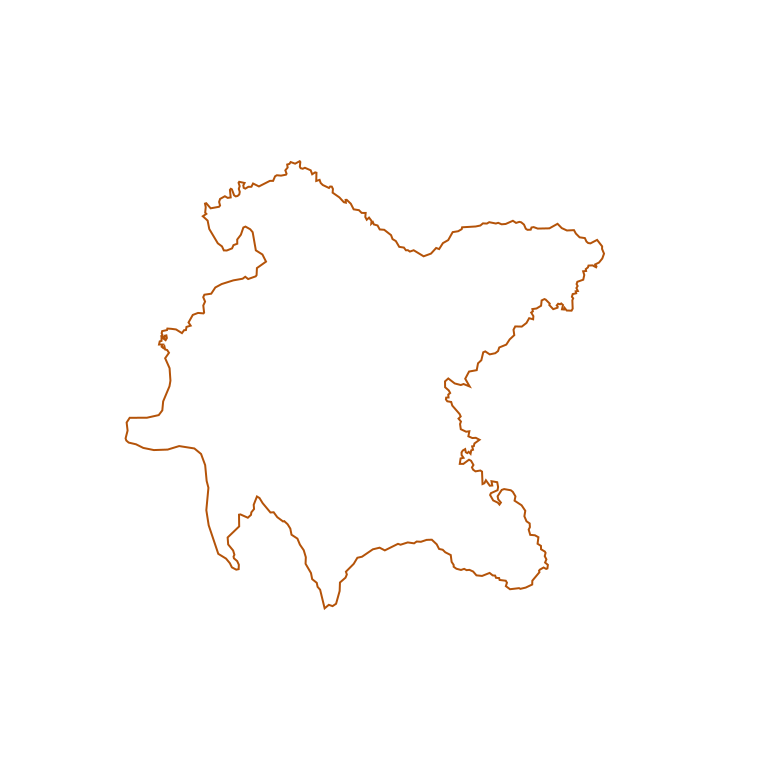 the district of Armero, Tolima, Colombia, rotated 154°
{"feature_id": "7082276B14946776938567", "entity_name": "Armero", "entity_type": "district", "adm_level": 2, "iso_a3": "COL", "parent_name": "Colombia", "parent_adm1": "Tolima", "projection": "robinson", "projection_center": [-74.888, 5.016], "detail": "fine", "context": "isolated", "style": "outline", "palette": "amber", "viewbox_px": 768, "rotation_deg": 154, "n_neighbors": 0, "source": "geoboundaries", "source_scale": "gbopen_adm2", "svg_char_len": 6166}
<svg xmlns="http://www.w3.org/2000/svg" viewBox="0 0 768 768"><g transform="rotate(154 384 384)"><path d="M600.1,454.8L611.8,457.6L627.4,465.1L632.2,462.2L634.9,454.5L640.1,448.4L640.4,446.2L639.2,443.3L633.3,438.5L628.4,432.1L619.8,425.5L607.2,419.9L595.3,418.0L582.7,409.2L579.1,401.3L580.3,389.5L585.9,374.6L587.3,367.7L599.0,348.5L603.5,333.9L607.4,304.0L602.5,296.3L601.1,290.5L601.1,285.9L598.2,281.9L595.8,281.3L593.7,285.2L593.6,289.2L595.3,293.1L594.9,294.8L593.3,296.1L592.6,300.5L594.4,308.1L591.8,314.6L576.6,319.5L571.6,330.1L570.2,329.7L565.0,323.5L560.9,324.7L559.5,326.8L555.6,328.6L554.1,332.5L547.5,338.6L545.9,336.1L545.3,330.1L542.4,318.3L539.4,317.1L538.3,311.1L535.0,304.7L533.8,304.5L532.1,300.2L531.6,295.1L533.2,289.1L529.6,283.0L530.0,276.5L529.0,269.8L530.2,262.6L533.3,256.8L532.5,246.1L534.1,240.1L531.6,234.8L532.6,230.8L531.6,227.1L535.7,208.4L530.4,209.7L527.6,206.9L523.4,207.5L514.6,217.4L510.6,224.9L503.5,226.8L500.9,229.1L500.5,232.0L490.1,235.6L484.1,239.5L479.5,238.4L466.5,240.3L459.7,238.8L456.2,234.1L441.5,234.2L439.6,232.3L432.1,231.2L426.8,227.6L423.7,228.1L420.0,226.0L414.0,225.2L409.3,223.1L406.9,216.8L406.8,211.6L403.9,209.3L402.7,205.9L399.0,201.0L401.2,194.5L400.7,190.9L401.5,189.2L399.9,186.2L396.3,183.1L393.0,182.7L391.4,180.5L388.7,179.5L386.1,176.4L384.8,171.5L380.0,168.5L371.9,167.9L370.2,164.3L368.1,163.1L368.3,160.7L365.6,159.1L366.0,157.2L360.8,153.8L360.6,151.5L363.1,148.9L360.7,144.3L352.1,141.3L351.2,140.1L345.9,138.9L338.7,138.8L336.9,142.2L326.8,146.7L326.5,148.2L325.4,148.8L321.0,149.1L319.3,146.7L318.0,146.6L316.0,149.6L317.5,152.9L314.9,155.2L315.0,158.8L312.8,161.4L312.9,162.9L315.3,166.6L313.9,169.7L316.0,173.1L312.4,178.6L314.7,181.9L318.7,184.3L317.8,189.7L315.6,191.4L314.2,194.8L316.1,198.1L315.8,203.6L312.6,208.1L313.5,214.7L317.8,221.9L315.1,225.4L315.5,230.6L316.6,232.9L322.1,236.9L324.6,237.2L331.1,233.3L331.9,230.2L330.9,226.2L333.1,225.0L333.7,227.4L336.9,231.5L337.3,237.7L335.8,239.0L328.5,238.8L326.6,241.4L325.3,246.1L330.0,249.5L331.2,245.3L333.5,246.2L334.6,252.8L337.3,250.8L339.3,250.9L334.3,262.3L335.3,264.0L340.1,265.4L341.5,268.0L341.5,270.5L339.1,272.0L339.4,276.8L340.8,278.7L347.7,277.4L350.9,279.0L347.8,283.5L344.9,282.8L345.4,286.1L344.3,288.5L342.3,289.7L339.6,289.9L340.4,286.9L339.5,285.4L337.6,285.9L336.8,283.3L334.7,286.1L332.8,285.9L332.1,289.3L330.5,288.8L328.8,290.9L322.6,292.0L325.1,295.4L328.3,296.7L331.1,300.0L328.0,304.1L331.1,305.1L334.8,309.7L333.2,314.7L331.3,316.5L332.2,320.2L329.3,321.2L329.2,323.8L332.1,334.7L331.5,338.4L334.7,340.7L335.1,343.0L334.1,344.5L331.9,343.6L330.9,346.3L328.5,346.9L328.6,349.8L330.5,354.3L328.0,359.6L323.8,360.8L320.2,353.5L315.4,349.4L312.5,349.1L308.1,344.2L308.7,353.1L302.1,357.9L294.6,355.8L290.4,361.4L286.1,362.7L280.9,369.0L278.7,368.9L276.0,364.3L270.5,362.9L267.1,363.6L264.4,366.3L256.8,365.8L251.5,369.0L245.5,370.8L243.8,376.0L240.8,378.2L235.0,375.2L229.2,376.4L224.7,379.5L221.6,376.8L220.0,379.5L220.4,383.7L218.4,384.0L217.8,386.3L213.8,385.0L208.5,385.5L205.7,390.0L202.6,390.0L201.7,389.0L199.8,383.6L200.8,382.5L199.1,377.1L194.6,376.5L193.9,377.5L194.3,378.9L192.3,379.8L190.8,378.5L189.4,378.7L188.5,376.5L191.3,373.1L189.5,372.0L188.3,373.3L187.6,370.0L183.3,367.7L181.4,369.0L178.0,376.7L176.4,378.1L176.9,380.0L175.0,382.1L171.5,381.3L171.1,383.3L169.0,382.6L169.0,385.9L167.0,387.2L167.1,389.4L165.4,391.1L159.2,390.4L156.2,394.2L155.6,398.0L152.8,397.0L152.3,398.8L149.6,399.4L148.3,400.8L144.6,399.2L142.2,395.9L141.5,396.5L141.8,398.9L137.5,398.9L132.8,401.1L129.1,404.7L128.8,409.8L127.6,412.1L129.3,420.1L136.8,419.9L138.7,421.2L139.6,423.3L139.5,427.1L143.9,430.1L145.6,435.1L145.8,439.0L152.3,441.8L155.9,446.2L157.8,451.9L167.1,451.4L177.7,456.3L180.7,459.4L182.8,460.0L184.5,458.4L187.5,459.7L188.5,461.4L188.3,465.9L189.8,469.2L191.3,470.4L194.7,470.9L196.6,474.2L204.5,474.5L208.3,476.0L210.7,478.8L213.1,479.2L218.5,483.3L221.2,483.1L224.7,485.0L227.9,484.2L232.6,485.4L245.1,490.6L246.3,489.1L250.4,488.8L255.7,490.4L263.2,485.2L269.3,484.8L275.3,481.1L277.5,483.4L284.6,480.6L292.4,481.4L298.7,491.2L302.7,491.7L303.9,493.8L305.7,494.6L306.3,497.9L310.2,500.6L310.7,507.3L312.8,510.5L312.4,514.7L316.2,522.5L320.1,524.8L320.3,529.3L323.2,531.9L323.0,534.3L325.2,533.6L323.7,536.1L324.5,540.1L327.5,539.2L327.6,542.3L325.5,545.8L329.1,547.6L330.3,551.2L334.7,554.3L334.8,560.6L336.8,565.9L337.8,566.3L338.8,563.7L340.4,565.0L342.3,571.3L346.3,578.5L344.4,581.7L344.4,584.3L345.8,585.1L347.5,584.3L351.8,589.7L352.8,592.5L352.4,595.7L355.9,596.2L352.1,603.5L353.1,604.4L356.6,604.0L356.2,608.2L360.3,613.0L362.7,613.1L364.3,614.5L364.4,616.2L361.9,620.2L362.1,621.2L367.3,621.0L370.6,624.4L372.5,623.3L374.8,623.7L375.7,620.8L379.0,619.3L379.4,615.7L380.3,615.1L385.2,616.4L388.8,618.6L390.9,618.4L394.6,615.2L397.6,616.6L409.8,616.4L413.8,621.6L416.7,619.4L419.5,620.7L423.0,620.4L424.1,621.8L423.4,624.2L421.2,625.8L425.5,629.2L426.5,628.6L427.0,625.1L429.0,623.0L429.4,619.9L431.0,617.8L433.2,617.2L435.0,617.6L436.0,619.3L435.4,625.6L436.1,626.6L437.4,626.0L440.0,618.9L442.9,619.8L444.7,622.5L450.2,622.2L452.4,619.9L453.1,616.3L454.6,615.6L462.8,617.9L464.5,624.4L465.8,624.6L466.7,621.1L469.6,616.4L469.1,614.8L473.3,614.2L470.9,608.2L473.1,599.9L471.7,583.3L469.3,578.7L469.4,574.3L466.8,572.9L461.1,572.5L458.4,574.8L454.4,574.4L452.6,578.2L447.2,580.9L441.8,586.3L439.5,586.2L436.4,581.7L435.5,578.0L440.6,560.3L436.5,553.7L436.4,545.7L447.4,543.9L450.8,537.7L452.1,537.0L460.1,537.9L461.7,541.2L464.9,540.6L474.0,543.2L486.1,545.0L493.3,544.7L499.7,540.9L506.3,543.0L508.4,541.3L508.7,536.5L512.0,533.8L514.4,527.0L515.3,526.6L520.0,529.4L525.6,529.9L532.7,525.0L532.2,521.2L536.5,521.9L538.4,519.3L540.1,520.0L543.3,518.3L547.0,524.2L551.1,526.9L554.4,528.8L555.4,527.6L560.2,528.8L561.6,527.1L561.7,525.2L562.9,524.8L561.0,521.8L559.9,523.5L558.3,523.1L559.0,520.5L561.1,519.1L563.4,523.6L565.1,520.3L566.9,520.6L568.9,518.1L565.5,516.4L567.5,515.0L566.6,513.0L564.9,514.0L565.6,511.0L564.0,509.6L563.6,506.3L569.4,503.1L569.8,492.2L574.5,480.6L577.8,476.0L590.1,465.2L594.8,457.5L600.1,454.8Z" fill="none" stroke="#b45309" stroke-width="2"/></g></svg>